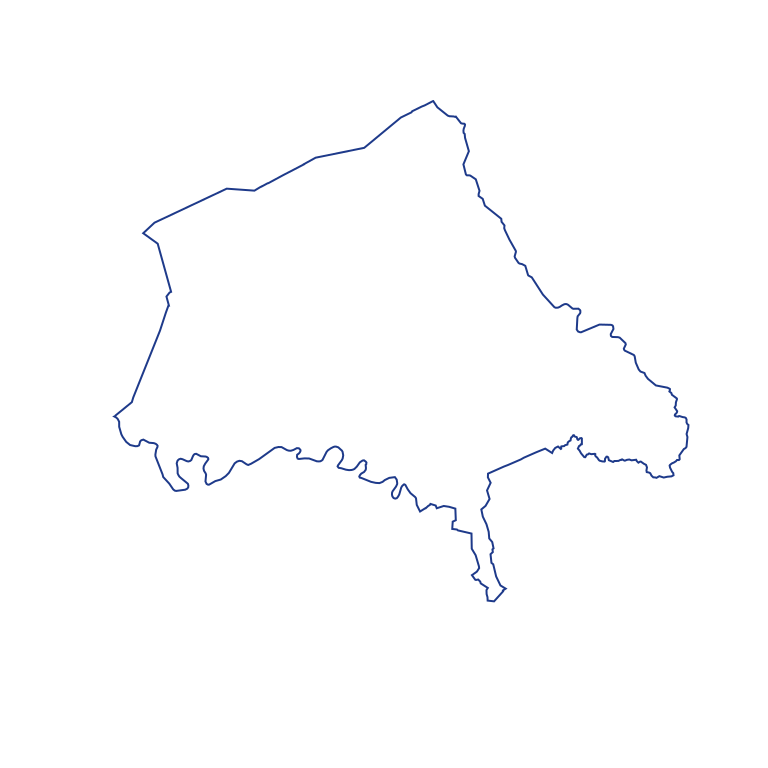 Vijciema pag., Valkas, Latvia (Mercator projection), rotated 245°
{"feature_id": "27541924B32036118272462", "entity_name": "Vijciema pag.", "entity_type": "district", "adm_level": 2, "iso_a3": "LVA", "parent_name": "Latvia", "parent_adm1": "Valkas", "projection": "mercator", "projection_center": [25.957, 57.603], "detail": "fine", "context": "isolated", "style": "outline", "palette": "blue", "viewbox_px": 768, "rotation_deg": 245, "n_neighbors": 0, "source": "geoboundaries", "source_scale": "gbopen_adm2", "svg_char_len": 6166}
<svg xmlns="http://www.w3.org/2000/svg" viewBox="0 0 768 768"><g transform="rotate(245 384 384)"><path d="M596.0,562.1L596.0,561.4L597.1,560.1L599.0,556.5L600.3,555.2L612.2,549.3L619.6,548.2L619.7,547.8L619.3,538.6L619.5,535.5L619.3,524.8L618.6,523.7L618.4,511.9L606.4,465.9L618.0,417.7L617.1,404.3L616.9,404.3L615.9,380.8L614.9,364.0L615.1,363.4L614.7,356.8L614.8,356.8L614.7,354.7L614.0,348.3L627.5,324.0L627.2,244.2L622.4,229.5L606.8,238.2L557.5,230.0L557.5,228.3L555.2,223.8L546.0,222.2L546.2,221.8L541.0,216.6L527.0,203.5L477.7,151.0L474.1,147.8L468.9,127.3L468.5,126.8L468.5,125.9L466.7,127.2L464.8,127.9L461.7,128.0L457.1,125.9L449.4,124.7L446.6,124.8L440.5,125.9L436.0,128.1L432.8,132.2L431.9,134.2L431.9,136.1L435.0,138.7L435.6,140.3L435.3,142.4L430.0,146.4L427.7,150.4L426.3,151.8L424.9,152.5L423.7,152.7L422.6,152.0L420.8,149.8L416.7,147.0L415.0,146.3L395.6,145.1L393.0,144.6L384.4,147.3L377.6,148.4L375.8,149.3L374.9,150.5L372.2,159.2L372.3,161.5L373.1,162.9L374.7,163.8L376.5,164.1L384.9,160.1L386.6,159.4L388.3,159.2L390.2,159.2L395.3,161.5L399.7,162.6L401.6,164.3L402.1,165.3L402.4,166.6L402.2,168.1L401.0,169.6L397.5,172.6L396.5,173.9L396.2,175.6L396.5,177.2L399.4,180.4L400.3,181.8L400.5,182.9L400.1,184.3L395.9,187.5L393.7,191.6L392.9,192.5L391.4,193.3L390.2,193.1L389.8,192.7L387.4,188.3L385.6,185.9L383.7,184.7L381.4,184.2L378.3,184.6L376.9,184.4L371.1,181.0L368.4,181.0L367.1,182.0L366.7,183.0L367.3,190.1L366.4,195.7L367.4,201.6L369.0,205.9L375.2,215.1L375.8,218.0L375.5,220.5L374.1,222.6L369.3,225.5L368.0,226.7L367.9,229.7L368.7,239.0L372.3,257.9L371.5,261.7L370.1,264.5L365.1,268.1L363.8,269.6L362.9,271.3L362.5,274.0L362.7,277.9L361.7,279.7L359.7,280.4L358.7,280.1L357.8,279.1L357.0,277.6L356.6,275.4L354.7,274.3L352.9,274.2L352.0,275.2L350.2,280.5L348.1,284.7L342.3,290.5L341.4,292.2L340.9,293.5L340.9,294.9L341.2,296.2L346.7,303.2L347.6,305.1L348.2,308.7L348.3,311.6L348.1,312.9L347.5,314.1L345.9,315.8L341.4,317.7L340.1,317.8L336.6,316.9L333.9,315.0L332.8,313.6L329.7,307.9L328.9,307.1L327.2,307.5L325.7,309.7L322.5,313.2L320.7,315.9L319.8,318.2L319.5,319.8L319.5,321.3L320.6,324.4L323.2,329.0L323.7,332.2L323.3,333.6L321.5,334.6L320.3,334.9L318.7,333.9L318.5,333.2L315.4,332.1L314.0,331.2L312.7,328.8L312.4,325.5L311.6,323.7L310.6,322.5L309.4,322.5L308.4,323.8L300.8,330.9L297.9,334.7L296.1,338.0L295.9,341.4L296.6,344.1L296.7,349.1L295.0,354.5L292.0,355.1L288.6,354.1L287.7,353.6L286.0,351.6L283.1,346.4L282.0,345.3L280.2,344.4L278.5,344.1L276.6,344.5L275.4,345.7L275.1,347.3L275.9,349.0L277.4,351.1L282.9,355.9L283.9,357.4L284.6,359.6L284.4,360.1L283.5,360.7L278.5,361.0L273.8,361.9L268.3,364.5L266.9,364.7L260.6,362.6L253.2,362.8L254.0,369.3L253.8,369.4L254.8,372.5L255.0,374.5L255.7,375.4L252.0,379.5L249.1,379.3L248.2,386.6L245.2,391.1L240.9,396.0L230.2,391.5L230.2,388.1L223.8,384.6L221.3,388.6L220.1,389.1L211.5,400.1L197.6,393.9L190.1,394.7L178.7,393.0L176.9,392.4L174.7,388.9L173.6,382.9L168.0,384.0L167.5,384.6L167.0,386.7L164.3,387.7L162.4,387.4L155.3,391.9L154.1,390.0L153.5,389.6L150.2,388.2L147.1,387.7L143.9,386.4L140.5,391.9L145.8,404.4L146.6,404.5L147.1,407.8L152.2,404.4L162.2,404.3L174.4,406.8L176.5,405.8L184.7,408.6L185.7,411.6L188.3,412.4L188.7,413.8L195.0,415.3L199.5,414.1L205.8,416.4L213.6,417.6L222.0,417.5L229.2,419.2L230.6,424.5L235.2,431.1L244.0,432.4L249.4,438.9L255.5,438.7L258.8,440.4L258.5,457.7L258.2,462.1L257.8,476.1L258.1,479.7L257.8,493.0L257.3,502.8L250.4,507.2L252.2,509.2L253.7,512.2L253.8,515.3L250.4,516.8L250.5,517.3L252.0,517.8L252.5,518.4L251.6,521.0L252.0,522.3L251.6,524.6L253.4,525.9L253.9,527.5L254.0,529.2L255.9,530.5L256.5,531.3L256.6,532.4L257.5,533.5L257.4,534.4L255.9,534.6L254.4,536.2L252.1,535.9L251.3,536.3L251.3,536.7L252.0,538.6L251.6,540.0L251.0,540.3L245.8,537.9L245.7,537.6L246.1,536.8L245.4,535.8L245.3,534.5L243.5,532.4L241.0,533.1L237.9,533.3L233.1,534.6L232.6,535.5L234.1,537.6L234.3,538.2L234.0,539.0L234.4,540.5L232.8,542.2L231.6,545.6L231.2,545.9L229.9,545.2L228.9,545.3L227.3,546.1L224.3,546.6L223.4,547.0L221.6,549.1L220.5,551.1L220.6,551.5L222.9,552.8L224.1,554.9L223.9,555.5L222.8,556.2L219.9,555.6L216.5,558.7L216.5,559.1L216.9,560.2L215.2,563.9L215.3,566.2L214.9,567.0L215.1,567.9L213.0,569.5L212.7,570.0L212.6,572.1L211.9,574.4L210.2,576.1L208.8,580.5L207.4,580.5L205.2,581.3L205.4,583.4L205.1,584.0L201.9,585.8L200.0,587.3L197.3,587.1L194.7,585.3L193.1,584.9L191.8,586.7L190.6,587.6L187.9,587.7L185.6,588.6L184.7,590.3L183.8,591.3L184.1,594.6L181.0,598.0L180.2,601.6L178.8,605.5L178.9,607.8L181.0,608.5L182.6,608.0L187.3,607.9L189.4,608.4L189.7,608.8L190.2,610.5L190.4,611.7L190.3,613.3L190.6,615.9L191.3,617.5L190.6,618.8L190.5,619.5L190.9,620.2L194.5,621.5L198.3,628.2L198.5,630.2L199.2,631.6L207.7,636.6L210.8,637.1L215.5,641.1L218.2,642.6L219.5,642.0L221.2,641.9L224.0,643.2L225.6,643.2L226.6,642.5L227.8,640.7L230.1,638.2L230.3,637.8L230.1,636.9L231.5,634.6L232.5,634.2L233.4,634.8L233.9,636.5L234.7,637.7L235.4,638.2L240.0,637.5L241.2,639.3L244.0,640.8L246.4,643.1L247.1,643.3L252.5,640.4L254.5,640.6L256.6,639.5L257.8,640.7L258.8,641.0L260.9,639.3L267.8,629.8L277.1,625.4L280.9,624.6L283.9,624.7L286.9,621.7L289.5,621.0L296.9,621.2L303.2,622.9L304.7,622.7L312.4,616.4L313.6,616.1L314.7,616.3L317.6,619.8L319.0,620.1L326.4,617.2L327.6,615.8L330.2,610.7L331.7,610.0L333.4,610.6L336.9,615.2L339.5,616.0L340.6,615.8L341.7,614.7L346.8,604.4L347.6,584.5L348.1,583.5L349.5,582.1L351.9,581.7L362.0,587.1L363.5,588.1L365.2,591.6L365.9,592.2L367.4,592.9L368.2,592.9L370.1,592.0L372.1,587.5L372.8,586.7L378.0,584.3L379.2,583.3L379.9,582.0L380.1,580.8L380.0,578.4L379.6,575.8L379.7,573.8L380.6,571.8L381.6,570.9L397.9,565.8L418.2,563.0L421.3,560.7L421.9,560.6L431.4,562.0L434.3,559.8L435.9,557.7L436.9,557.1L442.9,556.1L444.4,556.3L448.0,559.4L448.9,559.7L461.8,558.7L472.2,558.6L474.4,558.8L476.8,560.2L481.3,559.1L484.2,560.1L503.0,550.8L510.1,551.7L514.4,549.2L516.1,550.0L518.7,552.2L530.7,553.7L536.4,550.3L537.1,549.4L538.1,547.3L539.3,546.8L549.5,548.8L559.1,559.3L572.9,561.5L576.5,562.8L578.0,562.3L580.1,563.1L581.7,564.2L583.8,566.4L585.0,567.1L585.9,566.8L587.0,564.9L587.8,564.0L596.0,562.1Z" fill="none" stroke="#1e3a8a" stroke-width="2"/></g></svg>